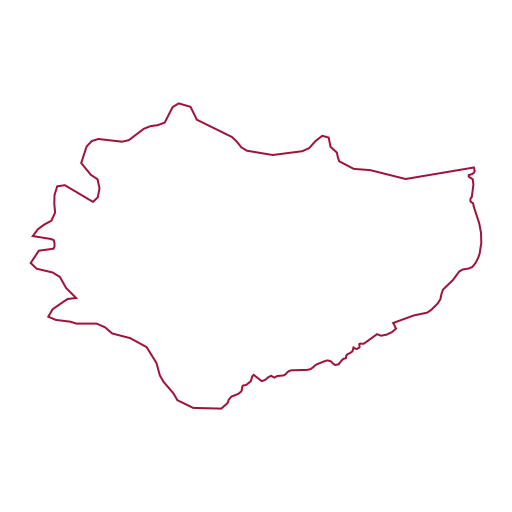 map outline of Świętokrzyskie (Natural Earth projection)
{"feature_id": "POL-3149", "entity_name": "Świętokrzyskie", "entity_type": "Voivodeship", "adm_level": 1, "iso_a3": "POL", "parent_name": "Poland", "parent_adm1": "", "projection": "natural_earth1", "projection_center": [20.88, 50.732], "detail": "fine", "context": "isolated", "style": "outline", "palette": "rose", "viewbox_px": 512, "rotation_deg": 0, "n_neighbors": 0, "source": "natural_earth", "source_scale": "10m", "svg_char_len": 2202}
<svg xmlns="http://www.w3.org/2000/svg" viewBox="0 0 512 512"><path d="M178.7,103.4L190.5,106.8L196.8,119.7L231.9,137.0L236.8,141.6L241.3,147.3L246.8,150.7L272.7,155.0L302.3,151.2L309.3,148.0L315.6,140.9L322.3,135.8L328.7,137.6L330.5,146.8L336.9,152.6L337.8,157.1L339.2,161.3L353.8,168.9L370.2,170.1L405.6,179.0L473.9,167.5L474.7,171.2L473.8,172.8L472.2,174.0L470.3,174.7L468.8,175.0L468.8,176.8L472.7,179.2L473.4,184.5L471.9,196.3L471.7,197.2L471.1,197.7L470.6,198.5L470.3,200.2L470.8,201.8L471.8,202.5L472.8,203.0L473.3,204.0L473.7,206.5L479.2,223.2L480.3,229.1L481.0,232.8L481.3,242.9L479.6,253.7L478.1,258.0L475.6,262.9L472.3,267.0L468.5,268.6L462.9,269.4L459.2,271.5L453.1,279.8L443.0,289.6L441.5,293.9L440.4,299.2L437.7,303.5L431.2,309.9L427.3,312.6L413.6,315.5L393.1,323.0L393.9,324.2L396.0,328.6L392.0,332.1L386.5,334.7L381.1,335.7L377.0,334.2L363.9,343.6L363.2,343.8L360.1,343.6L359.3,344.1L359.4,345.3L359.6,346.6L359.4,347.5L357.0,348.9L355.5,348.8L353.5,347.5L352.4,351.4L349.8,353.2L347.4,354.3L346.2,355.7L346.0,358.0L345.2,358.5L344.0,358.6L342.5,359.5L338.8,363.9L338.8,364.3L335.0,365.0L332.9,363.5L331.0,361.4L327.8,360.4L325.7,360.8L316.8,364.3L314.8,365.7L312.8,367.5L310.4,369.2L307.2,369.9L291.3,370.3L289.1,371.0L287.3,372.3L285.2,374.6L283.2,375.5L277.3,376.0L274.4,377.6L271.1,375.8L268.2,377.3L265.3,379.8L261.8,381.2L253.6,374.8L252.2,376.5L250.8,381.2L246.3,384.9L245.6,385.2L243.7,385.3L242.8,385.8L242.1,387.2L241.8,390.1L241.2,391.5L238.2,393.9L231.2,396.7L228.6,400.0L227.7,402.9L221.3,408.6L193.1,407.9L177.4,400.2L173.3,393.2L163.6,381.9L159.9,375.5L156.4,362.9L146.6,347.1L130.1,338.1L112.2,333.5L105.0,327.3L96.6,323.6L76.4,323.6L70.4,321.7L55.8,319.9L48.3,316.7L52.7,309.1L67.5,299.0L76.1,298.0L66.0,287.9L60.0,277.1L52.7,272.5L36.6,268.7L30.7,263.0L38.8,250.7L53.5,248.7L54.5,246.6L54.5,243.2L53.7,240.1L51.0,239.0L32.8,236.1L37.8,229.3L44.0,224.7L51.4,220.7L55.1,212.5L54.3,203.8L54.5,195.1L57.2,186.3L64.8,185.2L93.0,201.9L97.8,197.2L99.5,188.3L97.5,179.2L90.9,174.9L81.2,163.0L86.6,146.5L91.8,141.0L98.5,139.0L122.1,141.7L128.9,140.1L143.8,128.8L150.6,126.1L157.7,125.2L164.7,122.6L172.6,107.1L178.7,103.4Z" fill="none" stroke="#9f1239" stroke-width="2"/></svg>